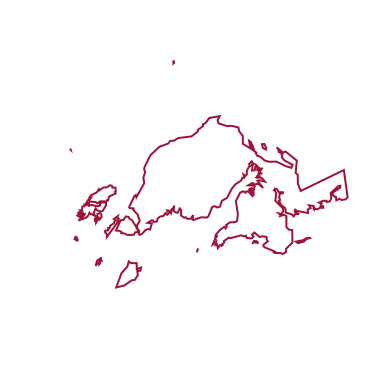 an SVG outline of Papua Barat, rotated 314°
{"feature_id": "IDN-1933", "entity_name": "Papua Barat", "entity_type": "Province", "adm_level": 1, "iso_a3": "IDN", "parent_name": "Indonesia", "parent_adm1": "", "projection": "orthographic", "projection_center": [132.375, -1.612], "detail": "fine", "context": "isolated", "style": "outline", "palette": "rose", "viewbox_px": 384, "rotation_deg": 314, "n_neighbors": 0, "source": "natural_earth", "source_scale": "10m", "svg_char_len": 6133}
<svg xmlns="http://www.w3.org/2000/svg" viewBox="0 0 384 384"><g transform="rotate(314 192 192)"><path d="M296.2,307.7L293.4,307.6L290.1,305.1L289.6,302.7L286.3,301.7L288.5,298.8L287.6,297.7L287.7,294.8L289.7,293.8L298.1,295.6L300.3,293.8L299.3,294.4L298.1,293.2L287.6,292.5L284.4,296.5L281.0,297.7L278.3,295.6L279.0,294.8L276.9,292.5L272.6,290.7L273.8,293.2L271.4,294.1L272.9,296.3L271.8,297.4L269.9,295.2L266.4,294.0L265.5,291.6L264.2,292.2L264.4,291.0L266.5,289.3L263.6,285.3L262.9,288.5L259.8,287.4L257.5,290.1L251.3,280.6L251.0,278.5L249.5,279.1L249.2,280.3L250.6,284.3L247.7,281.6L245.1,282.1L245.3,279.4L242.4,273.9L245.1,270.4L244.3,262.9L244.6,262.2L245.4,262.9L246.0,260.7L247.5,261.0L248.7,258.4L251.4,256.5L254.4,258.2L255.0,257.7L252.2,254.5L253.0,251.1L252.0,249.3L250.2,249.8L250.7,250.7L249.5,253.5L243.6,258.0L243.4,268.5L241.8,270.9L238.5,271.6L236.9,269.3L237.1,271.5L235.8,272.1L239.3,273.8L240.3,276.6L232.3,284.3L232.2,287.7L234.2,290.6L225.3,299.4L216.6,299.1L213.9,301.4L210.3,300.3L209.6,298.1L205.5,293.8L205.5,292.9L206.8,293.7L206.7,292.8L202.6,282.5L202.6,281.1L203.7,280.1L209.2,280.8L209.9,278.3L211.4,276.9L209.2,273.5L206.6,271.8L206.2,265.0L203.1,264.8L202.7,267.2L200.0,267.1L197.0,263.3L198.1,261.3L196.1,260.1L194.9,257.4L185.5,251.7L184.9,250.3L178.9,249.0L178.1,250.3L175.3,249.9L175.1,250.9L174.0,250.8L173.2,249.0L169.6,249.6L171.7,246.3L170.2,245.7L172.6,244.1L168.8,243.4L173.5,241.5L174.2,242.1L174.5,241.1L178.6,240.6L175.5,240.4L177.7,238.8L184.3,238.5L189.4,239.4L189.1,241.5L191.5,240.9L191.9,239.5L196.3,240.3L200.4,244.0L202.5,244.5L208.0,240.3L215.9,229.9L224.9,227.1L228.1,228.3L228.7,231.0L229.9,230.6L231.5,232.0L231.1,238.5L232.0,238.5L232.1,234.8L233.9,230.6L234.1,237.0L235.1,235.9L235.1,231.7L236.0,231.8L237.1,234.7L241.0,232.2L242.2,232.5L243.9,234.1L244.3,240.3L245.6,231.3L247.1,232.1L250.1,237.3L250.6,233.0L249.6,231.1L250.3,229.8L248.0,229.6L247.1,228.1L251.6,227.5L254.2,229.8L252.3,226.9L258.4,225.9L253.7,225.4L256.6,223.2L252.4,223.9L256.0,221.7L256.0,217.8L255.1,220.9L253.9,220.2L251.2,222.0L249.1,220.3L253.0,217.2L256.0,216.3L253.6,216.0L255.1,215.4L255.6,213.6L252.0,213.6L250.9,215.1L245.5,216.6L242.7,219.2L240.4,219.3L240.4,216.9L238.4,219.6L236.5,217.8L236.9,218.8L233.9,219.3L227.4,217.8L221.8,218.4L212.0,221.3L206.4,219.6L200.8,222.3L198.5,221.0L197.5,218.1L195.2,217.0L185.9,220.7L184.0,220.5L180.1,216.1L172.8,212.5L172.6,211.5L176.2,208.8L171.9,209.7L169.5,207.3L169.5,205.0L168.1,204.3L167.5,200.4L171.5,196.7L171.7,194.7L167.0,196.1L165.7,193.6L166.1,191.4L169.9,188.7L165.4,190.2L165.8,189.5L165.0,189.3L162.1,191.7L162.4,187.9L161.5,186.9L160.7,189.8L158.5,190.1L157.8,188.5L158.5,187.8L157.7,187.5L155.2,188.1L152.0,186.1L148.8,185.7L146.9,187.1L145.6,186.9L143.9,185.1L144.5,183.8L143.7,182.7L139.0,181.5L141.6,184.9L135.9,188.0L135.0,186.3L132.4,185.0L127.0,185.1L124.7,184.1L124.8,182.9L127.1,181.4L128.2,177.2L130.1,175.5L134.8,174.6L138.0,168.6L138.4,162.0L139.6,161.4L137.2,158.4L137.5,157.2L148.9,153.4L150.7,153.6L149.5,155.7L165.2,151.5L168.5,147.1L173.7,144.6L175.0,141.9L177.3,140.4L189.8,136.5L201.7,137.1L210.3,141.2L213.4,140.8L216.6,143.5L221.2,144.6L231.6,153.0L239.5,154.2L240.9,153.1L247.1,154.2L248.3,152.7L250.8,153.9L257.2,153.0L265.8,159.2L261.5,160.5L259.8,163.3L263.8,171.6L267.1,174.4L270.6,180.5L268.3,184.2L267.6,189.7L262.0,195.0L264.5,206.3L265.0,210.9L264.1,211.1L263.4,213.9L264.8,216.6L265.2,222.5L267.1,226.2L272.6,231.8L275.7,241.5L278.4,246.7L281.4,245.5L279.0,236.7L279.3,232.6L282.4,230.5L281.5,229.9L282.1,229.2L286.1,231.3L287.4,245.6L277.7,253.3L277.8,256.1L271.5,262.4L268.3,269.5L313.3,286.0L296.2,307.7ZM139.9,131.7L142.0,133.9L139.3,136.8L138.4,136.5L137.9,138.1L131.2,135.5L127.9,137.4L127.5,136.6L125.9,137.1L121.6,132.5L118.0,131.8L117.8,129.6L114.4,125.4L110.5,125.1L109.9,125.4L111.7,126.3L110.6,127.5L113.0,128.8L116.0,133.9L118.6,135.3L119.3,134.1L121.9,134.3L124.6,137.4L122.8,139.4L116.2,140.9L114.0,139.3L112.9,136.2L113.2,134.1L108.4,136.0L107.1,140.4L107.5,138.3L105.7,134.1L106.0,132.6L102.4,133.8L99.5,133.4L92.6,130.1L100.5,130.7L101.7,130.1L100.0,129.0L101.1,128.2L100.9,126.9L99.9,128.2L99.4,127.2L97.9,127.5L98.2,129.6L96.1,128.6L95.4,125.9L97.0,126.0L97.9,124.8L98.8,126.9L98.8,124.8L101.8,126.0L101.5,124.8L102.1,125.4L105.4,123.3L106.9,124.5L108.1,123.3L108.8,123.9L114.4,122.8L114.7,123.6L116.6,123.5L117.4,123.3L115.9,122.7L116.4,122.1L119.2,121.5L125.7,123.8L129.3,123.1L128.8,124.2L133.6,125.1L136.1,127.4L139.9,128.3L140.8,130.2L139.9,131.7ZM102.4,201.7L98.2,205.8L102.3,207.9L99.5,209.5L98.0,208.6L97.9,206.7L94.4,210.9L88.7,211.9L87.0,210.1L77.6,208.2L70.7,203.8L84.5,197.7L93.3,197.3L98.1,194.8L98.5,197.6L102.4,201.7ZM129.4,165.1L130.0,168.5L128.5,175.0L126.8,179.7L125.2,180.6L123.4,179.1L120.9,179.9L116.3,175.6L115.0,171.7L113.2,169.8L114.2,169.2L113.8,167.1L111.5,164.0L122.1,160.3L124.2,162.1L128.4,161.4L130.1,163.7L129.4,165.1ZM123.2,155.4L121.4,156.3L122.0,157.8L119.0,159.4L100.6,162.0L102.4,160.5L102.7,157.2L104.0,156.4L105.8,158.1L107.2,157.9L107.8,156.6L108.8,157.8L110.7,156.6L115.2,157.5L118.1,156.4L118.9,157.2L118.3,154.5L123.2,155.4ZM112.8,140.4L113.0,142.2L111.2,144.4L108.1,144.6L109.2,141.7L107.1,143.5L103.3,144.3L104.8,142.8L103.0,141.7L103.9,142.2L105.2,140.7L106.5,141.9L110.4,139.3L112.8,140.4ZM238.8,306.6L241.8,309.6L237.7,306.9L234.5,307.1L231.3,305.4L228.8,303.7L228.5,301.2L234.3,305.3L238.8,306.6ZM81.1,172.3L79.9,174.4L79.6,173.4L77.0,175.4L75.7,175.5L77.6,173.8L71.9,173.9L76.9,171.4L81.1,172.3ZM275.0,209.1L276.8,210.7L275.2,214.7L273.9,215.6L272.8,212.6L275.0,209.1ZM268.5,197.5L268.9,200.0L267.3,201.3L268.0,202.3L265.9,206.4L265.6,201.5L268.5,197.5ZM240.3,229.1L240.9,230.3L239.0,231.4L235.9,227.8L240.3,229.1ZM283.0,221.8L283.5,228.4L282.2,228.7L281.0,226.7L282.7,224.3L283.0,221.8ZM78.8,139.3L79.3,140.7L78.2,143.0L77.2,143.2L76.5,140.3L78.8,139.3ZM201.4,272.5L201.4,275.4L199.8,272.5L197.8,271.2L199.8,270.6L201.4,272.5ZM152.0,237.4L154.9,235.8L155.6,235.7L152.0,237.4ZM271.6,89.3L273.2,87.9L273.4,88.4L272.3,89.4L271.6,89.3ZM138.0,75.3L138.7,74.4L138.0,75.6L138.0,75.3Z" fill="none" stroke="#9f1239" stroke-width="2"/></g></svg>